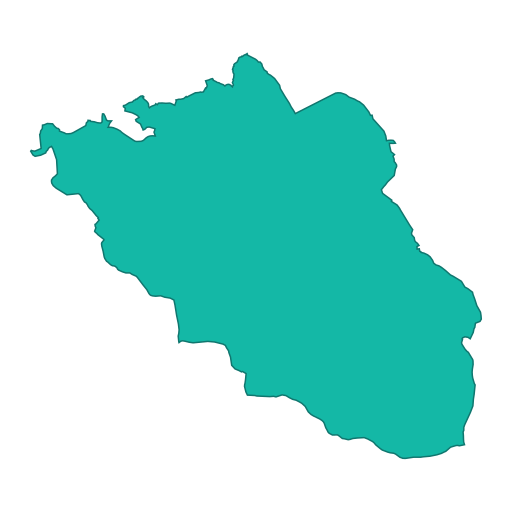 outline of Magura Ilvei, Bistrita-Nasaud, Romania
{"feature_id": "2599482B90695953081528", "entity_name": "Magura Ilvei", "entity_type": "district", "adm_level": 2, "iso_a3": "ROU", "parent_name": "Romania", "parent_adm1": "Bistrita-Nasaud", "projection": "mercator", "projection_center": [24.803, 47.362], "detail": "fine", "context": "isolated", "style": "filled", "palette": "teal", "viewbox_px": 512, "rotation_deg": 0, "n_neighbors": 0, "source": "geoboundaries", "source_scale": "gbopen_adm2", "svg_char_len": 5953}
<svg xmlns="http://www.w3.org/2000/svg" viewBox="0 0 512 512"><path d="M464.5,444.7L463.7,442.1L463.5,439.4L463.4,435.5L463.1,432.0L463.8,430.3L463.8,427.3L464.7,424.7L470.4,412.4L472.9,405.9L473.4,399.1L474.1,394.5L475.1,384.9L474.3,383.5L473.3,380.1L472.7,378.0L472.3,375.3L472.1,372.1L472.4,368.9L473.1,364.5L473.0,360.9L472.7,359.6L468.3,352.3L466.9,351.3L464.9,349.0L461.8,344.0L461.6,342.5L462.5,339.5L462.0,338.9L462.6,337.8L463.6,337.5L464.7,336.8L468.0,337.3L470.2,338.8L473.2,332.5L474.0,328.7L474.8,327.4L475.4,323.4L475.9,323.0L480.0,321.4L481.3,319.1L481.0,315.4L480.5,312.2L476.8,305.6L474.8,299.3L473.0,294.4L472.5,292.2L467.9,288.7L464.9,287.1L461.4,281.3L453.2,276.3L450.4,274.9L445.6,270.6L441.5,267.4L438.9,265.8L436.1,265.0L433.7,263.2L432.6,260.4L430.1,256.8L427.6,254.8L423.9,253.1L421.0,252.4L420.8,251.6L419.7,251.3L419.3,248.8L417.1,249.1L417.0,246.5L419.0,245.5L417.5,243.4L415.5,241.8L414.7,240.5L414.2,237.6L411.8,234.8L411.5,233.1L412.7,229.7L409.6,225.1L400.3,209.8L399.6,208.4L397.1,205.0L391.4,201.4L391.8,200.2L382.6,193.4L381.4,189.7L383.8,186.6L385.4,184.9L387.5,182.0L394.2,175.5L395.4,169.0L396.6,166.6L396.6,165.0L395.1,162.5L394.2,161.7L394.1,159.1L393.0,156.1L394.5,154.6L391.0,151.7L389.6,145.7L389.4,143.3L393.1,143.4L395.4,143.2L394.5,141.7L393.2,140.4L391.0,140.2L388.7,140.3L386.5,140.7L385.8,136.0L383.9,131.1L372.9,118.8L372.1,115.2L370.5,115.4L368.8,111.9L363.6,105.1L359.5,101.8L357.6,101.0L354.6,99.2L349.0,97.1L345.9,94.7L344.1,94.0L340.8,92.9L338.0,92.8L335.6,93.1L295.3,113.6L293.6,110.6L291.1,106.8L289.4,103.4L285.1,96.7L280.4,88.8L279.6,85.3L274.6,78.5L270.5,75.2L268.5,74.2L267.2,73.0L267.1,71.9L264.0,69.7L263.6,68.6L262.4,66.5L261.8,64.0L260.1,62.0L258.4,62.1L257.3,60.7L255.5,59.2L247.1,54.9L247.4,54.1L247.1,53.6L246.6,54.1L245.9,54.3L245.6,54.7L244.5,54.9L244.0,55.2L242.6,56.4L242.0,56.1L241.7,56.7L239.8,57.2L238.9,57.8L237.9,60.8L237.5,61.1L237.2,62.0L234.5,63.8L233.8,64.9L234.0,66.2L233.3,66.7L233.1,67.4L233.1,68.1L232.7,68.7L232.5,69.7L233.1,70.2L232.9,71.2L233.2,72.8L234.0,74.1L233.7,77.6L232.9,79.7L233.4,80.4L232.4,82.6L233.4,84.7L233.4,85.3L232.5,86.0L232.4,86.8L231.3,86.0L231.0,85.3L228.9,84.3L227.2,84.5L225.9,85.1L224.9,86.0L223.3,84.7L220.1,83.5L219.1,82.8L217.1,82.4L216.0,81.6L214.1,80.7L213.0,80.0L213.1,79.3L212.4,78.6L210.6,79.1L208.9,79.9L205.6,80.8L207.2,85.4L207.1,86.2L206.7,87.2L205.9,88.5L205.5,88.1L203.4,91.9L201.5,92.3L200.7,92.0L198.6,92.5L195.3,92.8L188.7,96.1L186.9,97.2L186.2,96.5L183.6,98.6L180.3,99.3L179.0,99.2L175.9,100.0L176.3,100.9L174.8,105.3L171.3,103.6L169.8,103.1L165.8,103.3L162.3,103.0L159.2,103.1L158.4,103.2L157.3,104.7L156.8,104.5L155.8,103.7L155.0,105.0L151.7,106.2L150.3,107.0L149.4,107.8L148.6,106.5L148.6,105.0L148.4,103.8L147.7,102.5L146.3,101.0L144.2,99.3L142.7,97.6L143.8,96.9L143.2,96.2L142.6,95.9L140.8,96.1L139.3,97.1L138.4,98.0L137.6,98.3L137.0,99.2L136.0,99.1L135.5,99.9L134.6,100.1L133.7,100.6L132.4,102.0L129.2,102.7L125.3,105.2L123.5,105.6L123.4,106.7L125.3,108.3L124.9,110.9L132.2,112.8L135.9,114.6L137.8,115.8L139.1,117.4L135.6,119.6L136.2,121.3L140.5,124.0L141.8,127.1L142.6,128.4L143.1,130.0L144.8,129.3L146.8,127.3L149.2,127.0L155.0,128.7L154.6,130.7L154.0,132.1L155.3,136.0L152.3,135.8L150.0,136.0L148.1,136.6L146.2,137.8L143.4,140.4L141.2,141.3L136.5,141.5L134.8,141.1L125.0,134.7L122.0,132.6L120.2,130.9L117.1,129.2L113.3,127.7L111.1,127.3L108.1,127.3L108.6,126.4L108.8,125.4L109.7,123.3L111.5,120.9L108.0,120.9L106.5,120.1L105.0,116.1L103.7,113.9L102.5,113.9L102.1,116.8L102.1,121.9L100.7,123.1L97.3,122.7L94.4,121.8L90.4,121.3L90.2,120.5L88.0,120.3L87.9,121.4L86.4,122.8L85.8,125.6L73.3,132.6L71.1,133.5L68.4,133.8L66.1,133.8L64.4,132.9L59.5,131.1L59.5,129.8L58.2,128.5L56.7,128.2L54.5,126.2L52.6,123.8L47.3,123.5L44.2,124.8L42.5,125.1L42.3,128.6L40.7,130.9L40.3,133.5L39.7,134.4L41.1,148.2L41.1,148.5L35.0,151.1L32.8,150.9L31.3,150.4L30.7,151.2L33.0,155.0L35.1,156.3L40.7,155.2L45.7,152.9L46.3,151.3L47.6,150.1L48.3,148.6L49.3,147.5L51.5,146.4L53.0,149.0L56.6,159.7L57.4,173.8L55.4,175.9L53.0,177.8L51.5,180.1L51.5,181.7L51.8,183.2L53.2,185.6L56.2,188.2L66.9,194.8L78.4,193.6L79.9,194.6L80.9,195.8L82.9,199.6L84.5,202.0L85.8,202.6L87.4,204.7L88.0,206.1L89.7,208.5L92.1,210.5L96.2,215.6L98.3,217.6L97.9,218.4L99.1,220.1L95.9,223.9L95.0,224.4L95.2,226.1L95.9,227.8L94.6,231.2L95.1,232.0L96.9,233.5L97.7,234.5L103.8,239.3L104.0,239.9L101.8,242.6L101.5,243.8L101.8,246.1L103.1,251.1L104.2,256.9L104.8,258.5L106.6,261.3L107.6,261.9L110.5,264.6L111.8,265.4L112.4,265.7L114.4,266.0L115.3,266.4L117.0,267.9L117.6,269.2L118.6,270.1L122.4,271.8L125.8,272.9L129.8,272.9L132.1,274.4L136.2,276.2L137.2,277.2L143.1,285.0L146.8,289.6L148.9,293.4L149.8,294.6L150.9,295.4L152.7,295.9L155.6,296.2L160.8,295.8L164.7,297.2L170.2,298.1L173.9,300.0L175.0,305.1L176.6,315.2L178.4,323.9L179.1,329.8L178.8,333.3L178.2,336.1L178.8,341.9L179.0,342.6L180.8,341.2L182.6,340.8L185.0,341.2L189.1,342.2L193.1,342.8L207.8,341.4L214.6,342.0L223.0,344.1L225.4,345.4L226.5,347.7L228.6,350.9L228.9,352.6L230.5,357.1L231.7,365.3L235.0,368.9L239.1,370.6L241.5,371.9L242.6,371.5L246.1,373.6L245.5,379.9L245.0,383.4L244.7,384.3L244.5,386.3L245.9,391.9L247.4,395.1L254.9,395.5L256.7,396.0L269.8,396.6L273.6,396.3L276.0,396.9L282.1,394.9L286.0,395.6L289.4,397.7L292.6,399.3L296.1,400.2L299.8,402.1L301.8,403.3L305.2,406.4L308.3,411.9L311.1,414.5L313.6,416.0L319.6,418.9L321.9,420.4L323.3,421.7L324.2,423.2L325.8,427.8L326.9,429.7L328.2,432.3L329.1,433.2L332.4,435.0L337.5,434.9L339.2,436.0L342.3,438.5L344.5,438.8L348.2,439.7L350.0,439.4L352.8,438.5L357.2,438.0L364.2,437.6L367.8,439.0L372.5,441.5L373.9,442.6L375.8,444.9L380.4,448.7L382.2,450.0L387.7,452.1L390.3,452.8L393.6,453.2L395.5,454.0L400.0,457.3L402.8,458.3L405.4,458.4L413.6,457.2L420.6,457.2L423.3,456.8L430.0,456.2L436.9,454.8L441.4,453.4L444.6,451.8L445.7,451.4L450.4,447.3L451.4,446.9L456.1,445.5L457.7,445.4L459.3,445.8L464.5,444.7Z" fill="#14b8a6" stroke="#0f766e" stroke-width="1.5"/></svg>